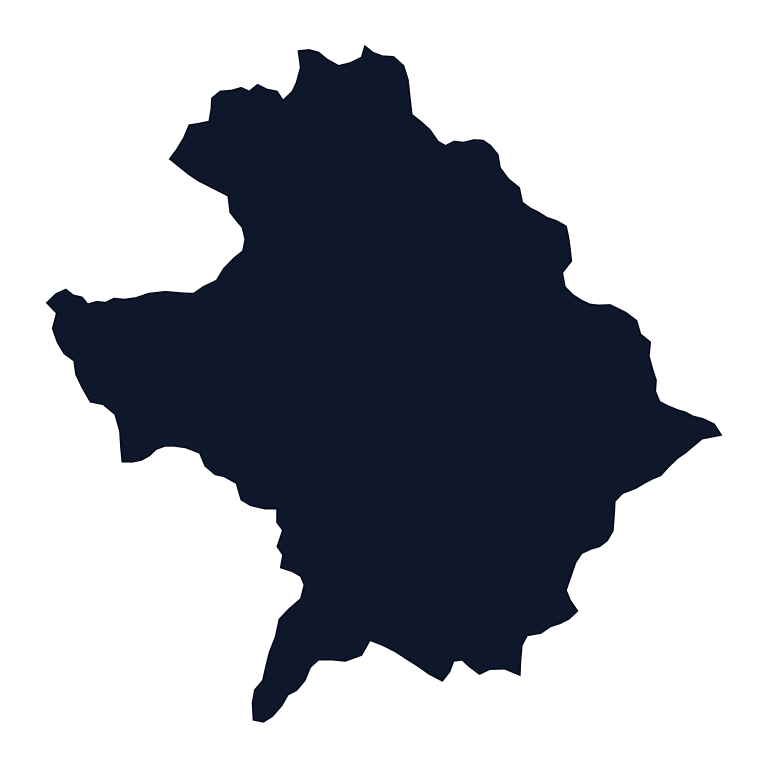 outline of Pouso Alto, Minas Gerais, Brazil
{"feature_id": "56859067B83789258057197", "entity_name": "Pouso Alto", "entity_type": "district", "adm_level": 2, "iso_a3": "BRA", "parent_name": "Brazil", "parent_adm1": "Minas Gerais", "projection": "robinson", "projection_center": [-44.938, -22.177], "detail": "fine", "context": "isolated", "style": "filled", "palette": "ink", "viewbox_px": 768, "rotation_deg": 0, "n_neighbors": 0, "source": "geoboundaries", "source_scale": "gbopen_adm2", "svg_char_len": 2599}
<svg xmlns="http://www.w3.org/2000/svg" viewBox="0 0 768 768"><path d="M403.6,65.8L393.5,56.8L382.2,56.1L372.6,52.4L364.9,46.1L361.6,57.4L349.9,63.1L338.5,65.8L327.0,59.4L318.5,52.4L308.9,49.8L298.4,51.0L300.6,67.6L296.5,82.6L292.4,91.4L283.0,100.5L277.0,91.4L267.0,89.4L257.5,84.7L249.3,91.4L241.1,87.7L231.9,90.4L220.2,91.4L211.9,98.2L211.3,108.9L209.2,121.4L198.2,123.7L189.2,125.1L183.7,138.2L176.8,149.5L169.7,159.0L188.6,174.1L198.8,180.9L228.2,195.9L230.2,212.5L236.5,220.5L242.4,227.5L245.2,239.4L242.9,251.1L234.2,257.9L223.8,268.6L216.5,280.5L203.4,286.8L193.6,293.6L183.2,293.2L165.1,291.7L148.6,293.6L135.8,297.9L124.6,299.5L114.0,298.5L105.5,302.6L96.8,301.6L87.7,304.3L82.1,297.3L73.2,295.2L65.9,289.5L56.2,293.8L46.8,302.8L56.7,313.1L52.6,328.5L57.6,342.6L64.3,353.7L74.1,360.7L75.9,374.3L82.3,387.6L90.4,401.8L103.2,404.4L115.1,414.3L119.9,431.1L120.9,447.5L122.2,461.7L132.3,461.9L141.5,460.0L149.7,455.3L156.0,449.2L165.1,445.9L173.8,445.9L185.5,447.5L199.7,452.9L205.2,466.0L215.1,474.4L224.3,476.5L236.4,483.2L241.2,499.7L250.6,505.4L264.8,508.7L277.0,508.7L277.0,522.4L282.8,530.2L277.3,546.6L283.0,554.9L280.7,567.6L292.1,571.3L300.8,576.2L304.3,585.0L300.8,598.8L288.9,609.2L279.3,619.3L275.6,636.7L269.4,652.6L265.7,667.7L262.8,680.5L254.8,689.9L252.5,703.0L253.4,719.9L263.4,721.9L272.4,716.2L281.6,705.7L288.0,694.6L296.5,690.3L304.8,680.5L310.2,667.3L318.5,659.7L331.6,659.7L345.3,661.0L361.6,655.0L369.9,640.2L382.7,645.2L395.3,651.5L405.7,658.3L418.0,666.1L429.0,673.9L442.3,680.9L449.5,671.8L453.6,661.0L462.1,659.9L469.6,666.7L479.5,674.1L489.6,669.2L504.7,668.8L519.9,675.1L520.5,660.8L521.9,645.2L527.2,635.5L540.8,633.1L550.4,626.5L560.0,623.4L569.2,618.7L577.4,610.9L570.1,600.2L566.0,590.2L570.6,577.0L575.6,562.5L581.5,553.4L590.5,549.1L599.7,546.4L607.4,540.3L612.9,530.8L614.3,512.4L614.8,501.3L622.4,493.3L635.6,488.2L644.8,482.8L652.6,478.7L660.7,475.4L668.9,466.4L677.6,458.0L685.2,452.9L692.0,447.1L702.1,438.7L721.2,435.0L714.3,424.3L703.5,419.0L693.0,416.3L685.2,412.2L677.1,409.8L667.8,405.9L659.7,401.8L655.3,391.3L656.1,380.2L652.6,369.5L648.9,356.0L650.3,342.2L640.5,334.2L636.6,320.7L626.0,312.7L610.2,304.9L598.3,305.3L589.7,304.3L581.0,300.2L572.8,294.8L565.0,287.0L562.3,272.7L571.4,261.0L569.8,246.8L568.4,236.9L566.1,226.3L556.9,221.1L546.6,217.5L538.8,212.5L530.6,208.4L522.3,202.5L519.3,187.9L508.3,178.9L500.1,167.8L497.8,154.6L490.5,145.6L483.1,140.5L474.0,139.9L463.7,142.5L454.0,141.5L445.5,145.8L438.0,141.5L430.0,130.0L420.5,121.4L411.8,114.6L410.0,98.8L408.0,79.9L403.6,65.8Z" fill="#0f172a" stroke="#020617" stroke-width="1.5"/></svg>